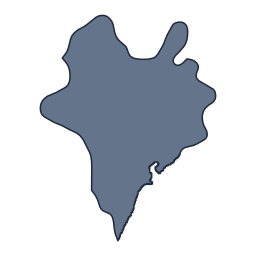 outline of Bajos de Haina, San Cristóbal, Dominican Republic
{"feature_id": "3306468B44390196227357", "entity_name": "Bajos de Haina", "entity_type": "district", "adm_level": 2, "iso_a3": "DOM", "parent_name": "Dominican Republic", "parent_adm1": "San Cristóbal", "projection": "orthographic", "projection_center": [-70.023, 18.434], "detail": "fine", "context": "isolated", "style": "filled", "palette": "slate", "viewbox_px": 256, "rotation_deg": 0, "n_neighbors": 0, "source": "geoboundaries", "source_scale": "gbopen_adm2", "svg_char_len": 4002}
<svg xmlns="http://www.w3.org/2000/svg" viewBox="0 0 256 256"><path d="M117.8,240.6L118.1,240.6L118.1,239.2L118.8,239.2L118.8,238.5L119.5,238.5L119.5,236.3L120.2,236.3L120.2,234.1L120.9,234.1L120.9,232.7L122.3,232.7L122.3,230.5L123.0,230.5L123.0,229.1L123.6,229.1L123.6,226.9L124.3,226.9L124.3,225.5L125.0,225.5L125.0,224.7L125.7,224.7L125.7,222.6L127.1,222.6L127.1,220.4L127.8,220.4L127.8,219.0L128.4,219.0L128.4,217.5L129.1,217.5L129.1,216.8L129.8,216.8L129.8,216.1L130.5,216.1L130.5,215.4L131.2,215.4L131.2,212.5L132.6,212.5L132.6,210.3L133.2,210.3L133.2,208.9L133.9,208.9L133.9,204.5L134.6,204.5L134.6,202.4L135.3,202.4L135.3,200.2L136.0,200.2L136.0,198.0L136.7,198.0L136.7,196.6L137.3,196.6L137.3,194.4L138.0,194.4L138.0,191.5L138.7,191.5L138.7,190.8L139.4,190.8L139.4,190.1L140.1,190.1L140.1,189.3L140.8,189.3L140.8,187.9L141.5,187.9L141.5,187.2L142.1,187.2L142.1,186.5L142.8,186.5L142.8,185.7L143.5,185.7L143.5,185.0L144.5,185.0L144.9,185.0L144.9,184.3L146.9,184.3L146.9,183.6L147.6,183.6L147.6,184.3L148.3,184.3L148.3,183.6L149.7,183.6L149.7,184.3L151.4,184.3L151.7,184.3L151.7,183.6L152.4,183.6L152.4,182.7L152.4,182.1L151.7,182.1L151.7,181.4L150.4,181.4L150.4,180.7L149.7,180.7L149.7,180.0L150.4,180.0L150.4,179.2L151.1,179.2L151.1,177.8L151.7,177.8L151.7,173.5L151.1,173.5L151.1,172.7L149.7,172.7L149.7,168.4L149.0,168.4L149.0,167.0L149.7,167.0L149.7,166.2L150.4,166.2L150.4,165.5L151.1,165.5L151.1,164.8L152.4,164.8L152.4,164.1L153.1,164.1L153.1,163.3L154.5,163.3L154.5,161.9L157.2,161.9L157.2,162.6L157.9,162.6L157.9,163.3L158.6,163.3L158.6,164.8L157.9,164.8L157.9,165.5L157.2,165.5L157.2,166.2L156.5,166.2L156.5,167.0L155.2,167.0L155.2,169.1L155.8,169.1L155.8,170.6L156.5,170.6L156.5,171.3L157.2,171.3L157.2,172.0L157.9,172.0L157.9,172.7L158.6,172.7L158.6,173.5L160.0,173.5L160.0,172.7L160.6,172.7L160.6,171.3L162.0,171.3L162.0,170.6L163.4,170.6L163.4,168.4L164.1,168.4L164.1,167.7L165.4,167.7L165.4,166.2L166.8,166.2L166.8,165.5L168.2,165.5L168.2,164.8L170.2,164.8L170.2,164.1L170.9,164.1L170.9,163.3L172.3,163.3L172.3,162.6L173.7,162.6L173.7,161.2L174.3,161.2L174.3,159.7L175.7,159.7L175.7,158.3L177.1,158.3L177.1,157.6L177.8,157.6L177.8,156.8L178.5,156.8L178.5,156.1L179.1,156.1L179.1,154.7L179.7,154.7L179.9,154.7L180.5,152.2L181.3,150.6L182.3,149.3L184.8,147.6L193.8,145.3L197.1,143.8L204.1,139.9L206.2,137.9L206.8,136.6L207.2,135.1L207.0,132.2L206.0,129.6L204.0,125.8L202.9,122.8L202.2,117.8L202.5,114.4L203.5,111.1L205.2,108.4L208.4,105.3L212.9,102.3L213.9,101.3L215.3,98.7L215.7,95.8L215.3,92.8L214.8,91.4L214.0,90.1L212.9,89.0L199.1,80.9L197.1,79.0L196.5,77.7L196.1,75.0L196.7,72.5L198.0,69.2L198.4,66.8L198.1,65.4L196.7,63.0L194.5,61.1L193.2,60.4L190.1,59.4L187.0,58.9L182.7,63.2L180.3,64.7L178.9,65.2L177.5,65.3L175.9,64.9L174.5,64.0L173.5,62.5L173.2,61.0L173.3,59.6L173.8,58.1L175.3,55.8L179.6,51.5L183.9,46.4L185.6,43.6L186.8,40.2L187.4,36.8L187.7,31.7L187.4,28.5L186.4,25.5L185.3,24.2L184.0,23.1L182.5,22.5L181.0,22.1L177.9,22.2L175.0,23.1L173.7,24.0L172.6,25.1L166.8,35.7L163.8,43.5L162.4,46.4L157.7,54.3L155.7,56.6L154.3,57.6L152.7,58.2L149.3,59.0L143.8,59.4L138.4,59.1L134.9,58.5L133.3,58.0L131.8,57.2L130.5,56.2L129.5,55.1L128.3,52.5L126.9,48.6L125.6,46.3L119.1,40.6L116.4,36.9L115.7,35.4L114.7,32.3L113.0,24.2L111.7,21.2L109.8,18.7L107.3,16.7L105.9,16.0L104.2,15.5L102.5,15.4L99.1,15.8L96.0,17.3L86.4,25.0L83.5,26.9L77.7,30.0L74.1,33.1L72.1,35.6L70.7,38.6L68.7,46.7L67.7,49.9L66.2,52.8L62.3,58.1L65.5,61.9L67.4,64.6L68.2,66.1L69.3,69.4L69.9,72.9L70.0,76.3L69.8,79.7L69.0,82.8L67.5,85.6L65.1,87.6L55.8,92.7L48.3,95.8L46.9,96.6L44.4,98.6L42.3,101.0L40.9,104.0L40.3,107.3L40.5,110.6L41.4,113.6L42.3,115.0L44.6,117.0L53.9,122.3L61.7,125.5L70.2,130.0L76.3,132.8L80.1,135.7L83.1,139.5L89.7,152.6L90.8,155.9L91.1,157.7L91.6,161.5L91.8,167.2L91.6,190.3L94.6,194.3L96.3,197.1L97.7,200.0L99.6,206.0L100.8,208.6L102.7,210.6L109.9,214.0L110.9,215.0L111.9,216.2L112.5,217.7L113.4,221.0L114.5,230.1L115.3,233.8L117.8,240.6Z" fill="#64748b" stroke="#1e293b" stroke-width="1.5"/></svg>